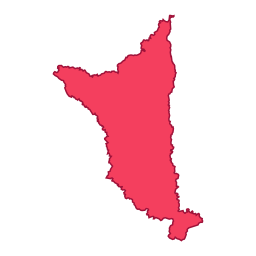 Serra do Navio, Amapá, Brazil (orthographic projection)
{"feature_id": "56859067B94822080065950", "entity_name": "Serra do Navio", "entity_type": "district", "adm_level": 2, "iso_a3": "BRA", "parent_name": "Brazil", "parent_adm1": "Amapá", "projection": "orthographic", "projection_center": [-52.252, 1.643], "detail": "fine", "context": "isolated", "style": "filled", "palette": "rose", "viewbox_px": 256, "rotation_deg": 0, "n_neighbors": 0, "source": "geoboundaries", "source_scale": "gbopen_adm2", "svg_char_len": 5845}
<svg xmlns="http://www.w3.org/2000/svg" viewBox="0 0 256 256"><path d="M108.9,162.6L109.5,162.5L112.5,166.1L110.6,169.3L110.1,171.2L108.3,171.9L108.6,173.7L108.1,175.4L107.3,175.9L106.2,177.9L110.8,178.7L111.0,178.2L112.1,178.0L112.9,178.6L111.9,180.8L112.2,181.1L113.3,181.0L115.0,182.8L118.3,184.4L118.3,185.0L117.6,185.2L118.8,186.6L119.6,186.5L120.9,187.4L121.3,186.7L122.1,186.7L121.2,189.1L122.6,190.0L124.3,189.7L125.4,190.5L124.5,192.3L123.9,192.6L124.2,194.1L125.2,194.2L125.5,194.7L124.7,195.9L125.4,198.0L126.5,198.6L127.5,198.0L128.8,197.9L129.7,199.0L130.8,198.7L132.4,199.6L132.6,202.0L134.2,203.1L134.1,204.6L135.1,205.4L136.1,207.9L137.1,209.0L138.1,209.3L139.1,209.0L140.9,210.3L142.1,210.5L144.9,210.2L146.2,208.6L147.5,208.8L148.4,209.3L148.5,210.0L147.4,211.0L147.7,212.5L146.6,214.0L147.1,214.9L148.2,214.7L148.5,215.0L149.0,217.7L151.1,216.8L153.1,216.4L153.9,217.0L153.5,218.8L154.5,218.7L155.2,217.8L156.0,217.6L159.1,218.8L160.8,220.5L162.0,219.9L163.3,218.3L165.2,217.7L169.3,219.1L171.4,218.6L172.7,218.9L173.5,221.1L172.9,221.9L172.6,224.7L170.6,225.7L169.4,228.1L169.6,229.2L169.2,231.6L170.4,233.6L168.9,234.8L168.2,236.1L169.5,237.9L172.6,239.4L174.4,238.8L175.2,237.2L177.1,238.7L179.4,239.3L181.4,240.6L182.5,239.6L184.3,239.1L184.9,238.0L186.2,234.5L185.8,232.9L187.4,231.0L187.1,229.8L187.6,228.9L188.9,227.8L198.0,224.9L198.7,223.3L200.6,222.2L202.1,222.3L202.4,222.0L202.6,220.9L202.0,219.9L202.2,218.6L200.5,217.8L199.4,216.3L199.2,215.1L199.4,214.5L198.9,213.6L198.3,213.5L196.2,215.2L195.9,213.9L195.5,213.5L194.2,213.9L192.5,213.3L192.9,211.9L192.4,211.1L191.7,211.5L191.1,212.8L190.1,212.5L188.7,210.9L189.0,209.5L188.2,208.9L187.0,209.1L186.6,209.7L186.6,210.2L187.7,211.4L187.6,211.9L186.5,211.9L185.3,213.1L184.8,213.2L183.5,212.0L183.0,210.6L179.1,211.5L178.1,211.0L178.2,210.5L179.2,209.4L178.5,207.7L179.2,206.1L179.2,203.9L178.5,202.6L179.1,200.8L178.9,200.2L177.1,199.5L176.9,198.4L178.9,196.9L178.8,196.4L177.2,196.2L176.8,195.7L176.8,195.2L177.9,194.4L177.6,193.6L176.5,193.2L175.4,193.5L174.9,192.6L175.6,189.3L178.4,186.9L177.8,186.3L177.3,186.6L176.4,186.3L176.5,182.3L175.6,181.0L176.1,179.2L178.0,178.4L178.7,175.2L178.1,174.3L176.2,173.4L175.1,173.6L174.1,172.8L174.8,171.3L174.5,168.3L175.0,166.6L172.9,165.5L172.7,163.8L171.2,162.2L171.3,161.1L170.4,160.6L170.3,160.1L170.8,160.0L171.4,158.9L170.4,158.0L169.9,155.3L170.7,154.3L170.5,153.7L171.7,153.1L171.7,152.5L172.3,152.5L172.6,151.7L171.8,150.8L170.7,150.7L170.8,150.2L171.0,149.7L172.2,149.7L173.3,148.7L173.7,147.2L172.4,146.4L172.4,145.0L171.2,144.8L170.9,142.4L171.5,139.4L171.1,139.1L170.6,137.1L171.0,136.6L170.8,135.2L172.0,134.5L172.1,133.5L172.9,132.2L173.4,128.7L173.0,126.9L172.1,127.2L171.7,126.8L171.5,125.3L170.4,124.6L169.7,123.4L170.2,121.5L169.6,121.5L169.1,120.8L168.8,119.0L169.6,115.5L168.9,112.5L169.1,111.3L168.6,110.6L169.6,107.5L169.0,106.4L169.4,105.3L169.0,105.0L168.7,105.3L168.3,105.0L169.2,102.9L168.5,101.5L169.1,100.8L169.1,99.6L168.3,95.4L169.0,93.9L169.8,93.8L170.7,92.3L171.7,92.1L172.3,88.8L174.2,86.9L173.6,85.2L173.2,81.1L173.9,80.7L174.6,79.1L173.8,78.5L175.2,76.7L175.4,74.4L176.1,72.7L175.1,71.8L175.3,70.1L174.8,69.3L174.7,65.8L174.1,64.5L173.0,63.4L172.8,62.4L172.4,62.2L171.9,60.9L171.3,56.4L170.9,56.5L170.3,52.3L170.8,49.7L170.1,47.6L170.7,46.9L170.8,44.7L169.6,42.0L167.1,40.3L166.7,38.6L166.9,36.6L167.6,35.3L168.5,34.7L170.0,31.6L169.8,30.2L170.7,29.1L170.2,22.7L170.6,22.3L170.3,21.0L169.7,20.2L170.2,17.6L172.3,16.9L173.2,17.0L173.9,16.3L173.9,15.7L173.1,16.0L169.9,15.4L169.6,15.7L169.1,19.9L167.8,21.9L165.8,21.6L164.1,20.6L163.1,19.5L162.6,21.0L160.1,20.7L159.3,21.6L159.4,22.2L160.3,22.8L158.9,23.6L158.5,24.8L159.3,27.1L158.5,27.8L157.3,30.8L154.4,32.5L154.7,34.5L153.5,35.3L151.9,34.6L151.1,34.7L150.0,36.3L150.6,38.2L149.3,37.9L148.6,40.6L147.9,40.7L147.0,39.9L145.6,40.6L144.3,40.0L143.6,40.0L142.6,42.0L140.9,43.2L140.8,43.7L141.7,45.4L141.1,48.0L141.3,48.7L143.9,49.3L145.0,50.8L144.7,51.3L141.9,50.1L141.2,50.7L141.2,51.8L140.4,53.5L137.9,54.8L136.4,55.3L134.9,55.0L133.7,55.5L131.0,55.0L128.8,55.4L128.0,55.8L127.0,57.6L126.0,57.3L124.6,60.4L123.5,60.6L120.6,63.3L119.0,63.6L117.5,65.0L117.4,66.2L118.0,66.6L117.7,69.4L118.5,71.9L118.0,73.2L117.1,72.2L115.5,72.2L114.0,71.1L111.6,71.4L111.3,72.2L110.9,72.4L109.2,71.8L107.5,72.1L106.0,71.5L105.4,71.6L104.2,73.2L101.6,73.9L100.3,75.3L99.0,75.4L98.2,76.0L97.5,75.7L97.2,74.4L96.1,75.1L94.4,74.9L92.3,75.5L92.8,76.5L92.5,77.0L91.2,76.2L90.0,76.1L88.9,73.9L86.4,72.7L84.9,70.2L84.3,70.1L83.1,71.0L81.8,69.4L79.6,69.8L80.2,67.9L79.8,67.6L78.1,68.5L77.5,68.0L75.0,68.6L72.9,67.1L69.2,67.9L68.7,66.6L67.6,66.5L66.6,67.1L65.2,66.7L63.5,67.3L61.4,65.5L58.8,65.6L57.8,66.5L57.7,68.1L58.8,68.0L58.5,69.2L58.9,70.1L57.6,72.3L56.8,72.6L54.8,71.7L53.8,72.7L53.4,73.9L55.1,75.5L57.6,76.8L59.0,78.5L61.5,80.2L63.5,80.6L63.8,81.9L65.6,84.5L65.3,85.3L65.7,86.3L64.8,87.8L66.2,91.6L67.3,93.9L69.1,96.2L71.4,97.1L71.4,96.2L71.9,95.9L73.6,96.9L74.0,97.5L74.4,97.3L76.1,99.3L77.5,99.6L77.7,100.0L79.0,98.9L79.8,100.6L80.8,100.7L80.9,101.2L82.5,102.0L82.9,103.3L82.2,104.1L82.5,104.6L83.1,104.2L83.7,104.8L84.8,106.8L85.6,107.2L86.1,106.4L86.7,107.3L87.9,107.7L88.3,109.0L89.7,109.4L92.8,114.4L94.6,114.3L95.0,113.5L95.7,114.9L97.6,116.2L97.8,117.2L97.2,117.7L97.2,118.7L98.3,119.1L98.1,120.0L97.4,120.2L97.5,121.4L98.2,121.2L98.7,121.8L98.7,122.9L100.3,125.1L101.5,125.3L102.0,126.2L102.6,125.9L103.4,126.7L103.6,127.2L102.5,128.3L102.5,129.6L103.6,130.1L105.1,129.7L105.1,131.8L105.5,132.4L106.7,132.4L106.7,134.3L108.0,136.3L106.6,136.6L105.7,137.8L104.7,138.3L104.8,139.3L108.0,142.7L106.0,143.7L106.6,144.8L106.5,146.3L107.1,147.2L107.6,149.9L108.5,150.2L107.6,153.7L108.7,153.1L109.2,153.5L109.7,155.0L109.4,155.9L111.3,156.3L109.4,158.9L109.5,160.5L109.0,161.1L108.9,162.6Z" fill="#f43f5e" stroke="#9f1239" stroke-width="1.5"/></svg>